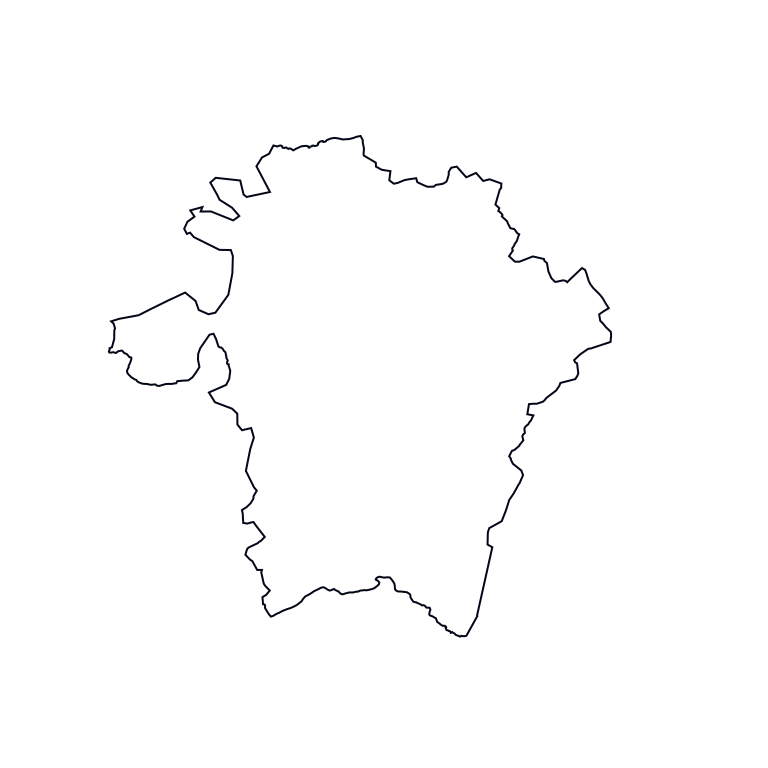 outline of Ganjuwa, Bauchi, Nigeria, rotated 245°
{"feature_id": "59680162B89766877463651", "entity_name": "Ganjuwa", "entity_type": "district", "adm_level": 2, "iso_a3": "NGA", "parent_name": "Nigeria", "parent_adm1": "Bauchi", "projection": "equal_earth", "projection_center": [9.981, 10.738], "detail": "fine", "context": "isolated", "style": "outline", "palette": "ink", "viewbox_px": 768, "rotation_deg": 245, "n_neighbors": 0, "source": "geoboundaries", "source_scale": "gbopen_adm2", "svg_char_len": 6166}
<svg xmlns="http://www.w3.org/2000/svg" viewBox="0 0 768 768"><g transform="rotate(245 384 384)"><path d="M512.1,573.0L514.3,574.1L516.1,575.1L524.9,566.2L526.1,559.7L536.4,556.6L536.6,545.9L550.3,541.8L551.6,536.3L548.9,532.3L546.3,531.1L541.9,527.2L540.9,525.8L540.6,521.8L542.5,515.2L541.8,512.5L544.4,506.8L546.8,504.5L552.8,499.5L556.9,500.1L558.9,493.5L560.1,488.9L560.5,481.1L561.4,477.5L566.4,474.9L574.2,479.8L579.0,472.6L584.4,468.6L588.1,470.1L599.5,462.3L601.2,462.7L605.7,465.3L612.5,467.0L613.9,467.8L618.7,467.6L619.7,463.4L619.9,460.3L620.7,456.0L623.1,449.9L625.8,446.5L628.0,443.1L629.0,439.4L629.2,435.3L628.4,433.2L628.7,432.2L629.1,431.2L629.5,431.1L630.1,431.2L630.5,430.0L630.7,427.9L630.2,427.1L630.1,426.0L629.4,425.5L628.9,425.4L628.5,424.6L628.5,423.4L628.8,422.3L629.3,421.2L629.9,420.9L630.3,419.6L629.9,418.8L630.3,417.9L630.1,417.0L629.7,416.2L630.1,415.6L631.6,415.6L632.8,414.0L634.3,409.7L634.4,403.8L634.1,400.5L636.8,398.9L637.6,397.6L637.4,396.8L638.5,395.9L639.5,395.5L640.0,394.6L640.1,393.2L641.1,391.9L642.1,392.1L643.1,391.9L643.9,391.0L644.3,389.3L644.4,387.4L645.2,386.7L646.9,384.6L641.2,377.1L640.9,369.2L635.2,360.4L606.2,361.8L611.6,338.5L615.0,336.8L629.2,339.7L642.0,318.6L640.4,313.3L640.0,311.7L625.6,312.8L620.5,312.8L608.0,320.8L597.4,323.8L596.0,316.5L613.5,300.1L617.8,290.7L621.1,294.2L623.2,281.8L615.8,283.0L614.1,274.4L609.1,268.5L603.4,268.8L603.1,272.2L597.4,273.8L575.1,291.6L570.1,301.8L563.8,301.1L548.5,293.4L530.6,280.6L519.9,261.3L521.4,254.4L529.4,247.4L538.9,248.3L550.9,242.4L550.9,223.8L550.5,204.6L550.0,190.8L555.0,171.5L556.1,163.2L552.8,164.5L548.0,163.7L546.7,162.3L538.8,158.5L532.3,153.0L532.4,150.3L531.0,149.9L530.3,148.9L529.5,148.3L528.6,148.4L527.9,149.6L527.3,152.0L525.4,154.1L525.6,155.2L526.0,156.8L525.4,159.6L525.0,160.6L523.6,161.2L522.2,161.5L519.5,163.7L516.0,164.6L514.8,166.1L513.7,165.8L511.0,163.4L509.6,161.8L508.7,160.5L507.9,160.0L506.9,159.6L506.2,158.4L504.5,156.6L502.8,156.1L500.8,156.4L498.5,157.3L496.7,157.9L495.3,159.0L494.0,159.6L492.3,161.2L490.4,161.6L488.9,162.7L486.9,164.6L486.0,165.8L484.0,169.5L482.0,172.0L481.2,174.0L480.7,175.7L480.1,176.7L478.5,177.5L477.7,178.6L477.2,179.7L476.7,182.9L476.2,186.2L474.9,189.4L473.9,191.2L473.5,192.9L472.5,195.9L473.9,197.8L472.0,203.3L470.0,208.1L471.0,213.2L473.7,218.2L477.4,223.9L484.7,225.7L489.8,228.3L494.0,232.4L502.2,246.3L502.2,246.5L502.4,246.8L501.6,250.7L495.9,250.8L487.9,249.8L486.8,250.5L485.7,252.0L483.5,252.8L481.9,252.8L480.2,253.6L479.1,253.6L476.9,252.9L475.8,252.9L474.6,252.2L471.3,252.3L470.3,251.1L468.8,250.4L467.4,251.6L466.3,250.9L465.2,250.9L460.8,250.2L454.1,245.9L449.9,240.6L450.3,221.7L438.9,223.1L425.8,235.9L419.1,238.5L409.2,234.0L402.1,235.8L400.2,245.0L390.4,243.4L381.6,235.3L363.6,222.1L345.3,222.5L341.1,223.6L337.5,218.4L335.1,217.0L332.3,212.7L330.5,207.5L329.8,202.0L326.3,201.2L317.6,197.7L315.3,201.1L314.6,205.4L314.0,207.4L309.9,208.1L295.8,211.3L293.9,206.3L293.7,203.9L293.1,202.4L293.0,191.9L292.1,190.0L287.8,186.2L281.6,188.3L279.1,189.8L269.1,190.5L267.1,194.8L265.3,193.2L255.1,190.9L253.2,190.7L251.4,191.0L245.1,193.2L242.6,187.9L242.5,186.0L242.2,183.8L235.5,181.3L234.5,182.6L233.6,182.7L232.6,182.1L231.2,181.5L223.7,182.4L220.9,183.3L220.7,186.4L221.1,189.0L221.0,192.4L221.2,196.1L220.9,201.1L220.4,205.0L220.4,209.3L220.6,211.9L221.9,217.4L223.5,220.0L224.7,222.8L224.9,226.7L225.2,229.8L225.8,233.0L225.8,238.1L226.0,240.3L225.7,242.2L225.2,243.5L223.6,244.7L221.3,246.1L219.7,247.5L219.4,250.1L219.5,251.1L219.3,252.1L218.3,252.5L216.0,254.3L215.3,255.1L214.0,255.4L212.4,256.1L211.4,256.8L210.7,258.2L210.5,260.8L210.0,262.6L210.0,263.7L209.1,265.9L208.3,267.4L207.5,271.0L206.7,273.2L206.9,274.3L206.6,275.8L205.9,277.6L205.5,279.2L204.4,280.9L203.4,285.4L203.0,288.7L203.8,292.3L204.5,294.6L206.1,295.9L208.5,295.2L209.6,294.1L210.5,294.0L211.3,295.2L211.5,296.0L211.3,298.4L209.0,301.5L208.3,302.7L207.7,304.6L206.8,306.5L206.1,307.6L201.8,308.7L198.4,309.0L196.4,308.4L193.3,307.2L191.5,307.8L190.2,308.8L188.7,311.7L186.4,315.5L185.4,316.9L182.7,318.6L180.9,318.5L179.8,317.9L177.7,318.0L174.6,318.5L173.5,319.4L172.4,321.1L171.2,321.8L169.3,323.7L167.2,324.9L167.2,325.8L166.4,326.8L164.9,327.6L163.6,327.8L162.9,328.8L162.4,330.0L161.9,330.8L159.9,330.7L157.9,328.8L156.6,327.9L155.3,327.6L154.5,328.1L154.0,328.7L152.9,329.8L151.5,330.7L149.6,332.0L145.8,331.7L144.0,332.8L141.3,334.1L139.9,335.2L139.4,336.6L138.2,337.5L137.3,337.6L137.1,336.8L135.2,336.6L134.4,336.8L134.0,337.6L132.9,338.2L132.2,339.2L131.7,339.5L130.3,339.3L130.2,340.0L130.4,340.9L129.2,341.5L128.6,342.1L127.6,342.7L126.4,342.9L124.0,345.3L123.0,346.0L122.8,346.5L123.1,347.5L122.7,348.3L122.0,349.1L121.1,351.3L121.1,352.4L134.3,370.6L135.0,370.6L190.3,413.2L194.7,410.0L205.2,415.2L206.5,416.2L208.9,418.5L209.9,432.7L218.3,441.5L225.9,448.4L229.9,455.1L236.5,464.2L236.6,464.7L242.6,471.5L247.6,471.9L257.3,467.1L262.0,467.0L262.9,467.4L265.6,466.9L269.4,471.7L269.1,474.2L270.8,480.5L271.1,480.6L271.4,481.0L274.1,486.5L278.0,487.2L279.3,488.5L280.1,491.0L284.3,492.4L285.6,494.1L286.4,497.1L286.4,497.5L288.0,499.8L288.7,501.6L289.1,502.0L292.4,506.1L296.0,501.1L304.5,506.9L303.2,510.5L301.5,514.3L300.8,520.6L301.4,522.6L302.8,525.4L305.3,537.1L308.2,542.1L310.4,544.3L307.6,559.4L309.4,562.3L311.3,564.5L321.1,567.7L322.9,566.4L325.3,566.4L328.0,574.5L329.6,584.0L328.6,587.2L328.6,588.2L326.4,607.1L332.0,610.4L335.4,611.6L341.8,609.1L346.1,608.1L349.9,606.7L356.2,608.4L357.2,614.5L357.7,619.7L363.2,619.0L369.7,618.4L374.1,617.3L382.4,614.2L387.2,613.2L391.1,613.1L398.6,614.2L402.4,614.5L405.4,612.4L400.5,597.7L398.8,593.0L399.8,592.7L401.0,591.9L402.3,590.1L403.7,583.7L404.4,582.1L409.3,580.4L416.7,580.6L424.7,582.8L428.0,581.4L429.7,581.8L436.7,572.8L437.6,558.5L439.6,554.3L447.0,551.4L450.5,557.2L451.7,557.1L452.8,557.6L454.2,560.1L455.5,561.4L457.7,565.1L460.5,567.6L462.5,569.8L464.4,568.5L469.3,567.6L471.8,564.4L477.3,564.1L479.3,564.4L485.6,561.8L486.2,561.7L486.6,562.5L487.5,562.8L489.4,562.3L490.9,561.7L491.5,561.4L492.4,560.7L494.7,562.8L499.5,560.8L511.3,571.1L512.1,573.0Z" fill="none" stroke="#020617" stroke-width="2"/></g></svg>